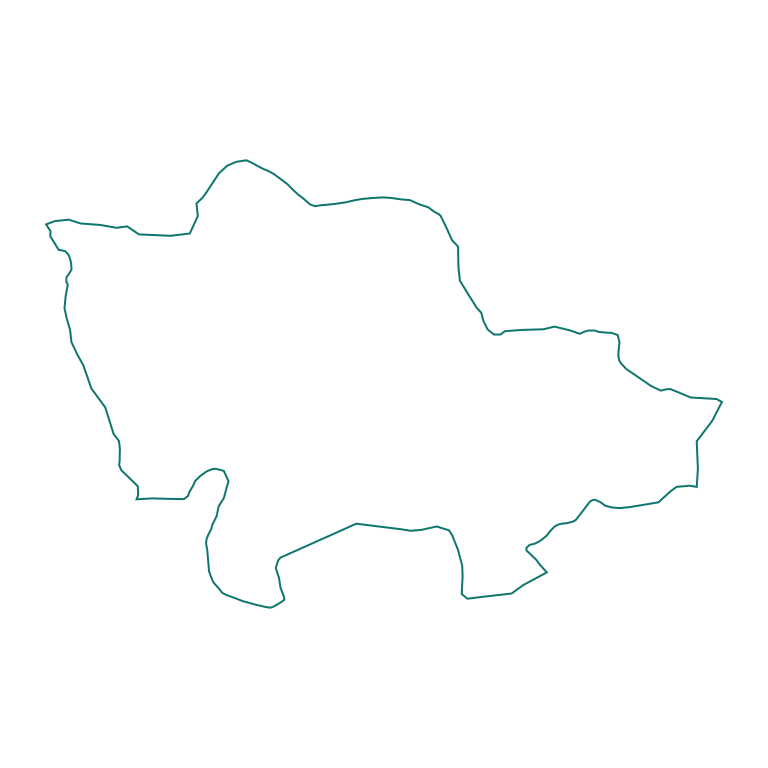 Berbérati, Mambéré-Kadéï, Central African Republic
{"feature_id": "33826404B29108379746580", "entity_name": "Berbérati", "entity_type": "district", "adm_level": 2, "iso_a3": "CAF", "parent_name": "Central African Republic", "parent_adm1": "Mambéré-Kadéï", "projection": "albers", "projection_center": [15.911, 4.294], "detail": "fine", "context": "isolated", "style": "outline", "palette": "teal", "viewbox_px": 768, "rotation_deg": 0, "n_neighbors": 0, "source": "geoboundaries", "source_scale": "gbopen_adm2", "svg_char_len": 2717}
<svg xmlns="http://www.w3.org/2000/svg" viewBox="0 0 768 768"><path d="M721.9,402.0L716.5,399.0L690.9,397.5L684.9,395.1L677.6,392.0L670.1,389.0L666.5,389.3L660.8,390.6L651.1,386.0L626.4,369.1L621.3,363.7L619.2,360.4L618.3,355.3L618.6,350.7L619.5,342.3L617.7,335.0L611.4,332.9L605.9,332.6L599.0,332.0L594.8,330.5L588.5,330.5L584.3,331.7L579.7,333.8L570.4,330.5L554.5,326.6L543.3,329.3L522.2,329.9L504.8,331.2L500.6,334.5L493.9,334.5L487.6,329.4L483.4,320.9L481.3,312.8L476.8,307.9L469.2,295.8L459.9,280.7L458.4,266.3L458.1,246.6L452.1,240.3L448.8,233.0L445.1,224.9L440.6,215.8L438.5,214.0L434.0,211.6L428.0,207.1L423.8,205.9L418.0,203.8L409.9,200.1L402.1,199.5L391.6,198.0L383.1,197.4L372.6,198.0L362.4,198.9L355.4,200.1L345.8,202.3L333.5,204.1L320.5,205.3L315.1,206.2L310.0,204.4L303.1,198.3L298.6,195.0L293.4,190.2L287.7,184.4L281.4,179.6L273.6,173.9L268.5,171.1L263.4,169.0L257.6,166.0L252.8,163.3L246.5,160.3L236.3,161.8L227.2,165.7L218.8,173.5L206.5,192.3L202.3,198.0L196.5,203.4L197.8,216.0L189.8,233.5L170.5,235.8L139.0,234.4L127.2,226.4L116.4,227.8L99.9,224.9L80.7,223.5L68.9,219.7L54.8,221.1L46.1,224.4L50.5,231.2L50.3,236.4L54.5,243.0L58.6,249.8L65.1,251.1L68.6,254.8L69.9,258.5L71.1,262.7L71.5,269.5L68.4,274.7L66.5,277.2L66.3,281.6L67.8,284.5L65.7,295.9L64.5,308.1L66.6,318.0L70.1,330.0L71.4,342.0L77.4,354.7L83.3,365.3L91.4,388.5L105.3,407.5L113.6,434.0L118.9,440.9L119.9,448.5L119.7,454.3L119.7,460.6L119.1,464.9L121.2,470.1L137.8,486.2L138.2,494.9L136.6,499.3L152.3,498.4L170.6,498.9L183.9,499.1L188.1,495.9L189.3,492.2L192.7,486.4L195.3,480.8L200.5,475.8L204.3,473.1L206.8,471.3L212.6,469.0L215.7,468.8L221.3,470.2L223.8,470.9L226.4,476.5L228.5,481.2L226.7,487.4L223.8,498.2L222.0,500.9L218.6,506.5L216.6,516.3L212.4,524.6L211.2,529.1L208.3,534.7L206.5,539.3L206.1,543.6L206.7,547.1L207.2,549.5L209.1,571.4L211.8,578.9L213.6,582.7L218.7,588.3L222.3,592.9L226.2,594.9L232.6,597.2L242.7,601.1L256.1,604.8L265.8,607.0L270.1,607.7L273.0,606.9L280.6,602.5L284.4,599.7L283.8,596.3L280.5,587.8L279.0,577.9L275.8,568.0L278.1,560.5L280.5,557.6L356.3,523.7L401.4,529.3L410.9,530.8L421.7,529.8L436.7,526.5L449.0,530.3L452.3,535.5L457.9,549.6L462.2,565.7L462.6,576.5L461.7,594.0L467.4,598.7L482.9,596.8L511.6,593.5L523.4,585.0L546.8,572.4L539.5,564.3L536.2,559.7L529.0,552.8L526.6,550.7L526.3,548.0L529.6,544.9L534.7,543.7L538.9,541.6L542.8,538.9L547.0,535.3L550.0,531.3L554.6,526.5L558.5,524.4L563.0,523.5L566.9,523.2L572.6,521.7L575.9,519.9L590.1,501.4L593.1,499.9L595.5,499.9L600.6,502.3L605.5,505.9L612.4,507.5L619.6,508.1L629.6,507.1L640.7,505.3L658.5,502.3L670.8,491.1L676.5,486.9L689.5,485.7L696.7,486.9L697.9,468.7L696.7,441.3L712.3,420.7L721.9,402.0Z" fill="none" stroke="#0f766e" stroke-width="2"/></svg>